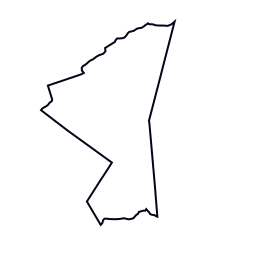 the district of São João do Cariri, Paraíba, Brazil, rotated 342°
{"feature_id": "56859067B8210995761368", "entity_name": "São João do Cariri", "entity_type": "district", "adm_level": 2, "iso_a3": "BRA", "parent_name": "Brazil", "parent_adm1": "Paraíba", "projection": "orthographic", "projection_center": [-36.484, -7.475], "detail": "fine", "context": "isolated", "style": "outline", "palette": "ink", "viewbox_px": 256, "rotation_deg": 342, "n_neighbors": 0, "source": "geoboundaries", "source_scale": "gbopen_adm2", "svg_char_len": 1332}
<svg xmlns="http://www.w3.org/2000/svg" viewBox="0 0 256 256"><g transform="rotate(342 128 128)"><path d="M205.2,41.2L202.5,42.4L200.4,43.0L197.2,43.1L195.2,42.3L193.3,41.5L191.0,40.7L189.3,40.2L187.6,39.5L185.5,38.6L184.2,37.4L182.4,36.6L180.3,35.9L179.4,34.6L177.9,35.2L176.4,35.5L174.3,36.3L172.1,36.9L170.3,36.7L168.7,36.3L167.1,36.4L165.6,36.7L163.9,37.3L161.3,37.2L158.8,37.0L157.1,37.8L155.9,38.8L154.6,39.8L152.7,40.8L151.2,41.0L149.7,40.7L147.5,40.2L145.3,39.5L143.3,40.7L142.0,42.1L131.0,44.8L130.2,48.1L127.5,49.7L125.6,49.8L123.0,49.8L120.1,50.4L115.8,51.9L113.6,52.1L111.8,52.6L110.4,53.2L108.7,54.0L106.5,54.8L104.4,55.1L102.6,56.5L101.9,59.2L103.0,62.0L100.0,62.5L64.9,62.9L64.7,77.4L63.7,79.0L61.7,79.5L60.3,80.4L59.0,81.3L56.7,82.1L54.5,82.5L52.3,83.1L50.8,84.2L70.0,112.1L102.0,155.9L96.6,160.4L85.9,169.0L66.2,185.2L72.1,211.7L74.0,210.7L75.2,209.0L76.4,207.5L77.8,207.0L80.0,207.8L82.4,208.9L84.8,209.8L86.5,210.4L88.4,211.0L91.4,211.8L93.7,212.2L95.3,212.4L96.8,212.8L98.6,214.0L100.5,215.1L102.8,215.4L105.2,215.5L107.0,214.4L108.9,213.3L111.2,212.6L112.4,211.2L116.6,211.3L118.9,211.9L120.3,210.8L121.1,212.9L122.2,214.9L122.4,216.7L124.2,218.1L126.2,218.9L127.2,220.4L128.5,221.4L135.3,193.0L149.9,129.7L150.1,127.7L174.7,89.2L181.0,79.2L205.2,41.2Z" fill="none" stroke="#020617" stroke-width="2"/></g></svg>